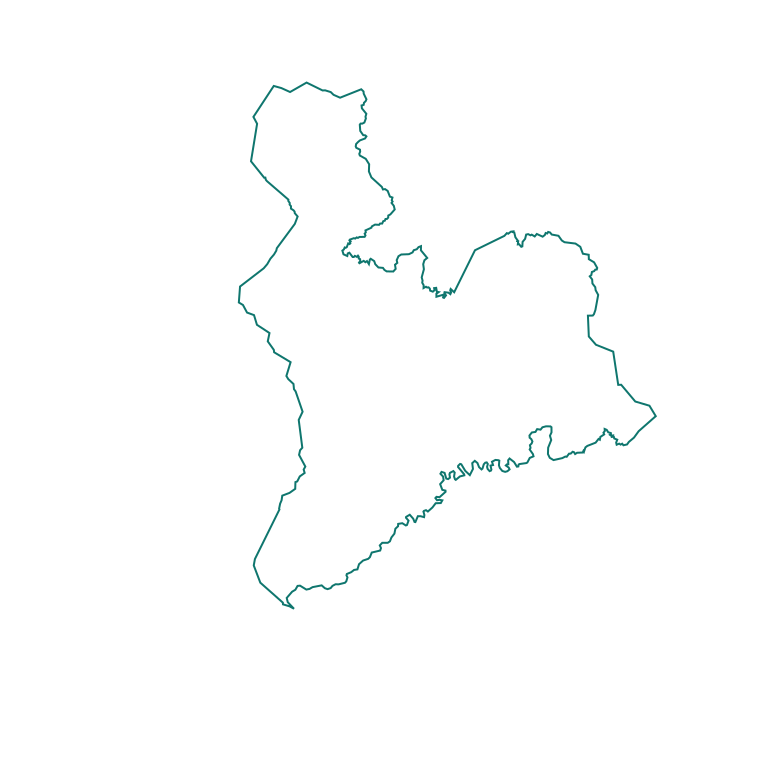 outline of Acatepec, Guerrero, Mexico, rotated 301°
{"feature_id": "50627088B65715606255874", "entity_name": "Acatepec", "entity_type": "district", "adm_level": 2, "iso_a3": "MEX", "parent_name": "Mexico", "parent_adm1": "Guerrero", "projection": "orthographic", "projection_center": [-98.971, 17.177], "detail": "fine", "context": "isolated", "style": "outline", "palette": "teal", "viewbox_px": 768, "rotation_deg": 301, "n_neighbors": 0, "source": "geoboundaries", "source_scale": "gbopen_adm2", "svg_char_len": 6166}
<svg xmlns="http://www.w3.org/2000/svg" viewBox="0 0 768 768"><g transform="rotate(301 384 384)"><path d="M379.1,217.6L379.1,222.4L374.7,229.8L376.1,237.1L369.3,244.6L368.7,259.6L360.7,262.4L356.5,272.0L354.6,273.5L354.6,292.7L340.6,296.2L338.9,299.4L337.4,306.4L333.2,309.5L332.1,312.1L318.3,328.5L309.3,329.4L287.3,346.8L284.0,346.2L279.5,347.7L272.7,359.1L269.3,359.2L266.9,361.8L261.4,359.4L255.8,359.8L254.3,358.6L248.4,361.9L242.0,359.1L235.9,354.3L231.6,356.1L227.9,356.6L223.1,358.3L222.6,359.0L167.5,363.5L161.4,365.8L150.0,380.3L144.5,409.9L143.1,410.9L144.8,417.6L145.0,422.6L147.4,413.9L150.5,410.8L158.6,412.2L162.0,414.0L166.4,413.9L167.9,415.9L167.8,423.3L170.0,425.7L173.1,427.4L179.3,434.3L178.5,438.5L179.1,441.3L181.6,443.4L184.4,443.8L187.4,445.6L188.9,448.3L193.5,452.9L195.4,453.3L199.4,452.3L200.6,450.4L202.0,450.0L205.8,452.8L209.2,454.1L211.4,456.7L216.7,455.4L221.9,457.0L226.0,460.5L228.3,461.1L233.2,460.3L239.3,466.5L241.8,465.9L243.5,463.5L247.0,464.3L249.8,469.0L252.2,470.1L256.3,469.4L261.1,470.0L265.8,468.3L269.3,469.3L271.4,468.2L274.1,471.4L274.0,475.6L275.0,476.3L279.5,475.4L280.7,471.7L281.5,471.4L285.2,473.4L283.6,478.4L281.5,481.2L281.8,482.0L288.1,481.1L289.5,483.4L290.5,486.9L292.5,486.1L295.0,483.5L295.8,483.6L297.5,485.0L297.3,487.3L303.1,489.1L308.4,489.7L311.2,494.0L314.3,493.9L313.4,491.4L311.7,489.3L312.7,486.8L314.3,487.1L315.6,489.9L323.3,492.3L324.3,491.6L323.3,488.5L327.1,483.7L332.2,484.7L335.1,482.3L336.1,478.6L338.3,478.6L339.0,481.7L335.0,486.1L335.5,487.9L337.7,488.8L340.3,486.6L341.8,486.3L345.1,488.3L344.5,490.2L340.8,491.7L338.9,493.9L338.8,494.9L343.9,496.7L347.1,499.9L347.9,499.2L351.0,490.2L352.1,489.7L354.7,490.4L355.0,491.6L351.4,498.4L350.1,504.5L357.0,504.0L361.6,500.4L364.9,501.4L364.4,504.8L361.7,508.3L361.0,511.6L362.2,512.0L366.5,510.9L368.7,511.3L369.7,512.4L368.9,514.2L366.1,515.0L364.6,516.5L363.7,519.4L364.9,520.3L366.0,520.1L368.9,517.3L370.7,519.2L373.0,516.6L376.3,518.6L377.6,521.3L377.7,522.3L373.5,524.4L371.7,526.5L370.4,530.2L371.1,533.1L372.8,534.7L375.5,535.6L376.6,534.0L376.9,530.4L378.3,530.7L379.2,531.9L382.6,529.7L384.8,530.0L384.1,535.7L381.6,540.5L382.5,541.6L384.3,540.9L385.1,541.3L389.5,546.7L390.5,547.3L395.7,547.0L399.0,549.4L400.6,547.8L402.9,542.6L404.7,542.5L406.7,540.6L409.1,541.2L411.2,540.8L412.6,538.7L413.0,536.5L414.8,535.2L418.6,535.7L420.9,538.5L424.2,538.5L425.5,541.7L428.5,542.1L431.1,544.6L433.4,548.5L433.2,549.8L428.8,552.5L425.1,552.9L422.1,556.2L414.0,557.5L408.4,560.6L406.1,564.1L406.1,568.5L412.3,575.0L415.2,576.8L415.7,578.1L419.6,578.5L420.5,579.9L423.1,580.6L423.4,581.9L422.4,583.9L424.5,584.9L427.6,589.6L429.4,589.4L428.9,590.3L433.4,589.3L435.7,590.2L442.7,595.6L447.4,596.2L447.4,597.7L450.1,596.7L454.2,598.7L455.3,597.2L457.3,597.5L459.1,596.3L459.4,598.5L458.1,601.1L458.8,603.7L458.0,604.3L456.8,603.8L456.6,605.3L457.7,606.6L456.2,606.8L457.2,608.1L455.9,609.4L456.4,612.6L453.3,613.2L451.8,614.7L454.0,616.3L453.9,618.0L455.5,618.9L454.8,620.8L457.4,623.5L460.4,623.7L466.8,625.9L474.7,626.6L496.4,633.5L502.1,622.7L498.4,608.4L505.5,587.7L503.9,585.2L529.8,563.8L526.8,545.5L530.2,535.1L547.6,523.6L550.2,527.7L551.9,528.0L556.3,527.1L570.7,521.7L573.4,517.1L575.8,515.2L577.5,510.9L580.8,508.6L582.3,504.9L584.2,505.6L587.1,504.5L589.0,506.0L590.9,506.2L591.7,507.4L593.3,507.0L596.5,501.4L596.5,495.3L600.2,492.9L598.1,487.4L602.7,481.6L603.0,475.8L598.5,465.7L598.6,462.5L600.9,457.2L598.5,450.8L599.4,448.3L598.9,446.4L597.1,446.4L596.7,444.8L594.5,445.1L592.0,444.1L591.3,437.7L588.1,437.2L588.1,433.7L586.9,433.0L586.7,430.4L585.3,428.9L581.1,430.2L577.2,429.6L573.2,431.7L572.3,431.0L573.4,427.7L572.6,426.8L575.5,425.5L575.1,424.6L576.0,424.4L577.4,421.1L581.0,417.6L580.6,416.4L581.4,416.2L579.9,414.3L576.8,413.1L576.6,411.6L573.0,410.9L545.5,393.1L498.8,396.9L499.8,392.2L498.4,392.5L496.9,394.4L495.2,394.6L495.5,392.3L493.9,388.6L493.0,388.9L491.9,391.5L488.7,391.1L488.6,390.1L490.7,389.4L490.9,388.7L485.8,384.0L488.4,382.4L490.9,383.5L490.3,381.8L493.3,379.2L492.0,377.6L490.4,379.0L488.3,378.3L487.8,375.5L489.4,374.1L489.8,372.4L488.9,371.3L489.0,369.9L486.6,368.5L489.1,367.1L490.5,364.6L492.5,363.8L494.8,361.4L502.9,359.1L506.9,355.9L510.9,354.9L514.3,356.1L517.6,346.8L521.2,344.7L519.1,343.1L516.4,342.7L514.0,340.6L511.5,340.7L508.1,338.5L503.9,332.1L501.0,330.6L496.7,331.1L494.7,333.0L491.9,332.0L488.7,334.7L485.2,334.0L481.9,328.3L482.0,325.6L483.0,323.3L481.0,319.2L482.2,314.8L484.3,312.3L484.5,308.1L483.4,307.8L479.0,309.3L480.6,306.1L478.8,305.3L479.1,303.2L474.9,300.8L475.1,300.1L477.4,300.2L478.7,299.2L478.5,297.8L480.1,296.8L480.6,295.6L479.0,295.3L478.8,293.0L477.3,292.7L476.7,291.7L478.7,286.7L477.3,285.7L474.8,286.6L474.3,282.5L476.9,279.6L478.6,280.3L480.8,280.0L481.0,281.0L482.1,281.6L486.1,280.9L486.2,282.4L487.3,282.7L488.2,281.7L489.1,281.9L489.3,280.4L490.1,280.3L493.5,283.1L493.8,284.4L495.6,285.1L495.8,286.4L497.5,287.3L500.1,291.6L501.8,291.6L502.9,290.0L504.6,290.3L506.1,289.0L511.5,292.7L512.8,292.4L516.0,294.2L517.9,297.8L519.5,298.0L520.6,299.8L523.2,299.5L524.4,300.6L526.2,300.3L527.0,301.5L528.8,301.9L530.6,300.9L532.6,302.1L539.1,303.3L541.8,300.6L543.1,297.2L544.8,297.4L545.5,296.0L548.2,295.2L547.7,292.5L551.4,287.7L551.6,284.5L550.2,282.9L551.8,280.7L554.6,266.8L558.4,261.6L564.7,258.1L567.6,252.4L567.4,245.6L568.5,244.3L570.9,243.9L572.5,242.7L572.2,238.6L573.1,237.4L575.3,236.5L578.0,237.1L580.4,237.9L584.7,241.3L587.2,241.4L587.5,239.9L586.6,238.0L588.7,233.3L593.8,229.7L595.1,229.8L596.0,231.3L598.0,232.5L602.3,231.7L603.5,230.5L606.5,229.7L608.9,223.1L611.2,221.3L612.8,222.8L614.7,222.0L617.0,222.6L619.0,222.3L622.4,217.1L624.2,215.8L624.9,212.7L606.8,198.9L605.9,191.8L606.8,188.0L605.4,182.3L604.0,180.2L602.5,162.4L585.9,153.1L584.8,143.6L582.7,136.0L545.7,134.5L541.7,141.2L506.4,155.3L499.1,175.1L499.8,176.0L498.2,177.5L497.6,179.2L492.8,207.1L491.7,207.6L490.6,210.0L489.2,210.7L488.5,212.7L486.4,213.9L486.3,217.0L485.7,218.6L484.5,219.5L483.1,223.7L475.3,225.1L445.2,222.2L442.8,223.0L438.3,223.0L432.9,222.1L426.6,222.2L421.2,221.3L393.4,210.4L379.1,217.6Z" fill="none" stroke="#0f766e" stroke-width="2"/></g></svg>